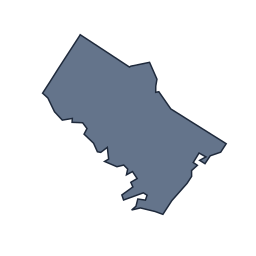 outline of Murray, Georgia, United States of America, rotated 303°
{"feature_id": "52423323B12443829653432", "entity_name": "Murray", "entity_type": "district", "adm_level": 2, "iso_a3": "USA", "parent_name": "United States of America", "parent_adm1": "Georgia", "projection": "orthographic", "projection_center": [-84.798, 34.786], "detail": "fine", "context": "isolated", "style": "filled", "palette": "slate", "viewbox_px": 256, "rotation_deg": 303, "n_neighbors": 0, "source": "geoboundaries", "source_scale": "gbopen_adm2", "svg_char_len": 881}
<svg xmlns="http://www.w3.org/2000/svg" viewBox="0 0 256 256"><g transform="rotate(303 128 128)"><path d="M72.7,196.1L74.6,204.3L91.0,204.3L113.8,207.7L122.1,207.7L126.9,204.5L134.5,206.5L134.6,201.5L145.7,201.2L146.2,209.1L139.9,205.7L140.0,212.0L149.5,212.1L158.2,218.9L168.3,218.9L167.3,153.5L175.2,134.1L173.0,131.8L178.2,128.5L184.7,125.7L194.8,110.3L181.4,96.7L179.9,96.0L180.2,37.1L178.9,37.2L141.3,37.2L139.9,37.2L123.4,37.4L111.6,37.4L111.2,37.5L110.7,37.4L109.5,44.5L101.6,57.5L98.8,68.6L105.7,76.1L102.3,78.0L107.7,87.1L105.2,93.9L98.9,94.5L96.5,107.4L91.4,115.3L92.7,118.4L100.5,121.2L91.4,128.7L87.2,126.6L89.5,139.8L94.6,144.6L93.4,150.1L87.9,152.2L93.9,155.5L90.6,163.2L84.0,159.9L81.2,164.2L68.5,159.3L65.2,163.5L82.0,176.2L82.0,180.6L77.0,181.9L73.8,174.9L66.7,177.3L61.2,175.7L67.7,181.9L72.7,196.1Z" fill="#64748b" stroke="#1e293b" stroke-width="1.5"/></g></svg>